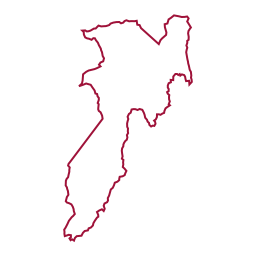 outline of Porto Alegre do Tocantins, Tocantins, Brazil
{"feature_id": "56859067B35819047686555", "entity_name": "Porto Alegre do Tocantins", "entity_type": "district", "adm_level": 2, "iso_a3": "BRA", "parent_name": "Brazil", "parent_adm1": "Tocantins", "projection": "mercator", "projection_center": [-47.044, -11.55], "detail": "fine", "context": "isolated", "style": "outline", "palette": "rose", "viewbox_px": 256, "rotation_deg": 0, "n_neighbors": 0, "source": "geoboundaries", "source_scale": "gbopen_adm2", "svg_char_len": 3306}
<svg xmlns="http://www.w3.org/2000/svg" viewBox="0 0 256 256"><path d="M64.8,236.1L66.8,235.5L68.7,234.8L70.9,235.2L70.9,237.2L69.5,238.4L70.6,240.2L72.0,239.3L74.0,240.6L74.9,238.0L76.7,236.2L78.4,236.0L81.5,235.7L82.9,232.9L84.7,231.0L87.9,230.4L88.7,228.3L90.8,227.6L92.9,225.5L93.4,223.2L94.8,220.8L97.0,217.6L98.3,216.7L98.2,214.8L97.0,212.0L99.4,210.4L101.9,209.3L103.7,211.0L104.7,208.8L103.7,205.8L104.5,203.5L107.1,202.2L108.0,200.5L107.8,198.1L109.1,195.6L110.8,189.5L112.8,187.8L114.0,185.2L114.8,182.7L117.4,181.7L119.2,180.1L119.3,178.4L119.7,176.8L122.6,176.3L124.7,175.1L125.3,173.2L126.4,170.9L124.6,168.7L122.8,167.0L123.3,164.4L123.1,162.4L123.4,159.9L121.9,158.7L122.6,156.4L122.1,153.3L121.8,150.7L122.1,148.4L123.3,146.3L123.4,144.5L124.1,142.8L125.3,141.0L126.8,139.7L127.4,137.4L126.9,135.1L128.1,133.1L127.8,131.4L128.0,128.5L127.2,126.8L127.1,123.5L127.6,121.3L128.3,119.0L127.6,116.8L128.9,114.0L130.7,112.7L131.6,109.5L133.5,109.1L135.5,109.2L137.5,110.0L139.6,109.0L142.3,109.8L143.0,111.1L143.9,112.9L144.6,114.9L145.2,117.7L147.0,119.8L147.6,121.6L149.0,122.9L149.4,124.9L151.1,126.5L152.8,125.6L154.3,125.9L155.5,123.8L155.1,121.8L154.1,120.6L155.8,119.4L156.9,117.1L157.0,114.3L158.8,114.3L160.5,114.8L162.5,113.5L164.1,112.9L164.4,111.1L165.5,108.4L167.3,107.0L169.9,105.3L168.7,104.3L169.8,101.4L169.1,99.4L169.0,96.9L169.3,95.1L167.7,93.6L167.1,92.1L168.6,91.2L168.7,89.0L167.8,87.6L167.8,85.5L168.7,83.2L170.9,82.3L170.7,79.9L173.2,80.1L173.3,76.5L175.4,74.0L177.1,74.0L178.3,75.0L179.7,74.1L180.3,75.6L181.9,74.4L184.2,75.1L185.1,76.7L185.5,79.0L186.1,81.1L189.1,80.8L189.4,84.5L191.8,81.9L191.6,79.6L191.0,77.7L191.3,75.6L190.9,71.9L189.7,69.7L188.9,65.8L188.2,63.4L188.0,61.7L187.4,59.2L186.2,52.2L186.7,49.6L187.3,47.7L186.4,45.5L187.3,42.9L187.2,40.9L188.6,39.8L188.7,36.8L188.1,33.4L188.5,31.0L189.9,28.8L190.9,27.5L189.4,25.0L188.1,22.9L187.2,21.5L188.6,18.4L187.1,16.5L184.7,16.9L181.7,17.0L178.9,16.3L174.0,15.4L170.9,17.9L168.6,19.4L167.4,23.5L164.7,24.2L164.9,27.2L166.4,32.4L166.1,34.9L162.1,38.4L160.4,40.3L158.8,44.1L141.0,28.1L139.6,25.1L137.3,24.7L137.0,23.0L136.7,20.8L134.5,21.2L131.3,21.1L129.1,21.3L126.4,20.3L124.5,21.1L123.3,22.6L121.0,23.3L119.3,22.0L116.3,22.1L113.3,22.6L110.5,23.6L109.3,25.0L107.6,25.6L105.9,26.1L103.9,26.2L101.2,26.4L98.5,25.6L96.9,27.2L95.7,28.5L93.9,28.6L92.0,29.7L90.5,30.6L88.3,31.3L86.7,31.4L85.2,30.4L82.3,30.6L83.7,32.0L83.9,34.6L85.2,37.4L87.2,38.4L88.9,38.7L91.6,39.8L93.3,38.2L94.9,38.3L95.9,40.2L97.9,42.7L98.9,45.2L100.8,48.6L101.1,50.2L102.0,52.2L102.7,56.0L104.0,58.3L103.2,61.3L100.5,62.5L99.0,64.7L100.5,66.4L96.8,68.2L94.5,69.1L88.7,70.5L86.2,71.8L83.1,74.3L82.6,80.6L81.9,83.6L79.0,86.2L83.3,84.7L86.1,83.5L90.7,84.8L92.2,87.1L94.6,90.5L95.4,93.5L97.1,94.0L97.6,96.4L98.8,97.9L98.8,99.9L98.3,101.4L97.7,103.0L98.7,104.2L98.3,107.5L98.2,109.3L98.8,110.9L100.6,112.3L102.1,115.6L102.6,118.8L69.9,162.2L68.6,163.8L68.1,165.6L69.7,167.4L69.3,169.9L69.3,171.8L68.6,174.7L68.1,177.2L66.7,178.8L65.9,180.7L65.7,185.5L66.9,187.4L67.2,189.0L67.9,190.9L68.4,194.8L66.9,197.0L65.8,201.2L66.9,202.5L69.3,203.3L71.4,204.4L72.8,206.8L73.6,209.1L73.8,211.0L74.8,214.0L73.1,216.0L71.7,217.2L68.9,220.8L67.5,223.9L65.6,227.6L64.2,229.7L64.5,232.0L64.4,233.8L64.8,236.1Z" fill="none" stroke="#9f1239" stroke-width="2"/></svg>